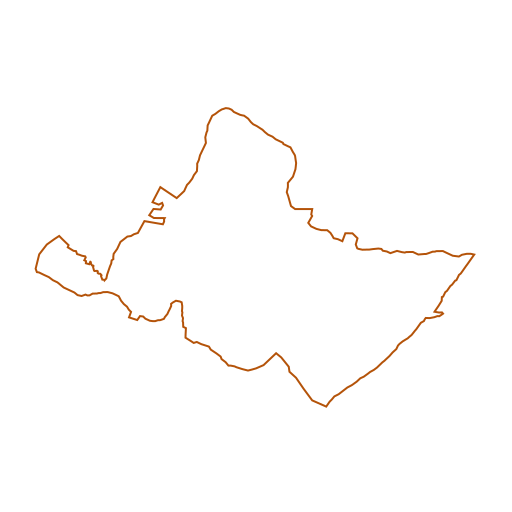 the district of Shendam, Plateau, Nigeria, rotated 298°
{"feature_id": "59680162B53080807091718", "entity_name": "Shendam", "entity_type": "district", "adm_level": 2, "iso_a3": "NGA", "parent_name": "Nigeria", "parent_adm1": "Plateau", "projection": "mercator", "projection_center": [9.53, 8.741], "detail": "fine", "context": "isolated", "style": "outline", "palette": "amber", "viewbox_px": 512, "rotation_deg": 298, "n_neighbors": 0, "source": "geoboundaries", "source_scale": "gbopen_adm2", "svg_char_len": 4498}
<svg xmlns="http://www.w3.org/2000/svg" viewBox="0 0 512 512"><g transform="rotate(298 256 256)"><path d="M359.7,448.0L358.7,444.4L356.9,441.1L353.8,437.3L350.8,435.4L349.7,432.5L348.6,429.6L348.4,425.6L348.2,421.7L348.1,418.7L344.9,412.9L343.9,412.0L342.8,410.0L339.7,407.2L337.7,405.3L336.6,403.4L333.5,398.6L333.2,392.6L330.0,386.8L329.0,385.9L328.9,385.8L327.9,383.0L326.7,378.1L321.6,373.3L321.4,369.4L320.2,365.5L321.1,363.4L320.0,360.5L316.8,355.7L314.7,352.8L313.7,350.9L311.5,347.0L310.4,343.1L310.3,341.8L313.0,338.7L319.3,337.3L319.6,336.3L321.3,330.5L318.0,324.2L309.6,325.3L309.3,320.4L308.2,316.4L308.2,316.2L309.8,313.7L311.4,310.8L312.2,306.8L309.5,301.5L308.3,296.6L308.0,290.7L309.8,286.6L317.7,286.8L318.6,285.3L323.8,283.6L315.8,268.5L316.5,263.5L317.5,262.5L324.0,256.3L326.8,253.2L331.6,251.9L333.6,250.9L335.5,249.8L339.4,250.6L343.4,251.4L351.1,250.1L354.2,248.9L354.4,248.8L356.9,247.8L359.7,245.7L362.6,243.6L363.5,242.6L365.3,239.5L368.1,235.4L367.9,232.5L367.8,229.5L367.7,227.7L368.6,226.5L368.5,223.5L368.3,218.6L369.1,214.6L368.8,209.6L369.6,205.6L370.5,202.6L371.1,195.6L371.0,191.7L371.8,188.7L373.6,184.6L374.3,179.6L373.7,177.7L373.2,175.7L372.9,170.8L372.8,168.8L373.7,165.8L373.5,162.8L372.4,159.9L370.4,158.0L369.4,157.0L366.4,155.2L362.4,153.4L359.3,151.5L355.4,151.7L351.5,151.9L348.6,152.0L343.8,154.2L341.9,154.3L337.0,155.5L332.3,158.7L330.3,158.8L325.7,159.0L325.4,159.0L318.6,159.3L313.8,160.5L309.9,160.7L308.0,161.8L303.2,164.0L298.3,163.2L294.3,163.4L289.4,162.6L286.4,161.7L282.5,161.9L279.6,162.1L269.9,158.8L271.9,139.2L259.4,139.3L259.2,139.3L254.9,139.4L255.7,146.0L258.8,148.2L257.0,150.2L252.3,150.0L249.4,143.4L241.9,142.6L241.6,148.0L246.6,157.6L245.2,157.6L243.3,158.7L240.3,158.9L234.4,141.1L220.9,140.9L217.9,138.0L214.9,136.2L212.8,133.3L210.8,132.4L204.8,129.7L200.9,129.9L197.0,130.1L191.1,129.3L188.2,130.4L186.3,131.5L184.3,130.6L181.4,131.7L178.5,131.9L169.7,133.3L165.9,134.4L163.4,133.7L163.8,133.3L163.0,131.4L165.6,128.5L166.5,128.6L167.2,126.9L166.5,125.2L166.7,124.2L168.2,123.5L168.3,122.7L166.9,120.4L167.2,119.7L169.8,117.3L170.9,117.2L171.1,116.5L170.7,115.6L171.9,113.7L173.0,113.1L173.1,112.4L172.4,112.3L171.3,113.2L170.5,112.8L169.7,109.2L171.7,108.3L171.6,106.4L174.8,106.3L175.5,105.4L174.5,102.1L174.2,99.5L173.7,97.1L175.8,94.8L174.9,92.5L175.0,91.0L175.3,85.7L177.6,85.4L178.5,82.1L180.0,76.9L181.3,72.8L176.4,70.1L167.9,65.9L155.7,63.8L141.3,67.4L138.9,70.1L139.6,72.1L139.7,75.1L139.8,78.0L140.1,83.0L139.3,88.0L139.4,91.0L139.5,92.9L139.2,94.7L138.7,97.0L137.9,101.0L138.0,102.9L138.1,104.9L138.3,108.9L138.5,112.8L137.7,116.8L138.8,120.8L140.9,122.7L141.9,123.6L142.0,125.6L143.1,127.5L146.1,129.4L148.2,133.2L149.2,134.2L150.3,136.1L152.3,138.0L154.5,141.9L155.7,146.8L155.9,150.8L156.0,153.7L154.8,155.5L153.2,157.8L151.5,161.9L150.7,165.9L148.9,168.9L148.0,171.9L142.2,172.7L143.7,181.2L148.5,181.8L149.6,184.8L148.7,187.8L148.9,190.7L149.0,192.7L150.1,195.6L151.2,197.6L153.2,199.5L154.3,201.4L155.3,202.4L157.3,204.2L159.3,204.2L163.2,205.0L166.2,204.8L168.1,204.8L172.0,204.6L173.9,203.5L175.9,204.4L178.9,206.3L180.1,210.2L180.2,212.1L177.3,214.3L175.4,215.3L172.6,216.5L171.6,217.5L168.7,218.6L166.9,220.7L164.0,221.8L163.1,222.8L159.3,225.0L159.4,228.0L153.4,230.8L150.8,232.1L150.3,238.8L150.0,241.8L152.3,244.1L152.4,247.1L152.5,249.1L153.9,256.9L153.9,257.0L152.1,260.0L151.4,267.0L150.6,272.0L148.8,274.0L148.0,279.0L146.3,283.1L147.3,285.0L148.5,288.9L148.6,290.9L149.7,296.9L149.9,297.8L151.1,302.7L153.7,305.6L156.8,308.8L163.2,313.9L179.6,319.4L178.3,325.9L173.6,336.9L169.5,339.9L167.3,348.5L161.2,360.2L154.9,373.4L156.0,388.7L161.9,389.4L164.9,390.3L168.8,391.1L172.8,393.9L176.8,395.7L182.8,398.4L186.9,401.2L192.3,403.9L197.0,405.5L200.0,407.8L204.7,410.1L207.2,411.2L210.7,413.5L214.3,415.2L221.4,417.5L223.8,418.6L225.4,419.1L230.3,420.8L235.0,421.9L239.7,423.6L243.6,423.4L245.8,424.0L249.5,425.6L250.5,426.2L252.4,427.3L254.5,428.6L256.8,429.4L258.4,430.1L259.5,430.5L264.5,431.4L266.6,431.9L270.5,432.4L274.4,432.9L277.4,434.8L279.4,434.7L281.0,435.0L282.7,438.5L285.7,442.2L288.1,444.4L288.7,445.7L288.9,446.1L290.9,447.2L292.9,448.2L293.5,446.7L292.0,444.1L290.9,440.8L290.6,439.8L291.6,439.9L297.7,440.6L303.6,441.0L307.0,439.4L308.0,440.3L312.9,440.1L314.9,441.0L320.8,441.7L322.8,442.6L327.7,443.4L328.7,444.3L332.6,444.2L334.6,444.1L336.6,445.0L339.5,445.4L342.8,445.8L344.4,446.0L345.3,446.1L347.9,446.5L359.7,448.0Z" fill="none" stroke="#b45309" stroke-width="2"/></g></svg>